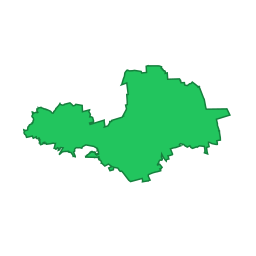 Salvatierra, Guanajuato, Mexico, rotated 76°
{"feature_id": "50627088B1811794709205", "entity_name": "Salvatierra", "entity_type": "district", "adm_level": 2, "iso_a3": "MEX", "parent_name": "Mexico", "parent_adm1": "Guanajuato", "projection": "equal_earth", "projection_center": [-100.915, 20.193], "detail": "fine", "context": "isolated", "style": "filled", "palette": "green", "viewbox_px": 256, "rotation_deg": 76, "n_neighbors": 0, "source": "geoboundaries", "source_scale": "gbopen_adm2", "svg_char_len": 5768}
<svg xmlns="http://www.w3.org/2000/svg" viewBox="0 0 256 256"><g transform="rotate(76 128 128)"><path d="M162.1,41.3L159.8,40.8L155.1,40.4L152.9,40.0L152.8,40.6L152.4,40.6L151.5,40.2L146.9,40.6L145.6,40.2L140.9,40.1L140.1,26.0L133.4,27.4L128.7,47.5L127.0,47.6L118.4,47.1L117.7,47.4L107.3,48.7L105.7,49.0L105.5,49.5L105.2,48.8L104.8,49.0L105.0,49.9L102.1,52.0L99.0,54.5L100.1,56.1L100.0,57.4L101.2,60.3L100.0,62.6L97.6,62.3L96.9,65.5L96.5,65.4L96.0,65.6L94.7,65.5L94.6,66.0L93.6,65.8L92.8,66.2L90.3,77.7L84.0,76.6L83.9,78.0L84.0,78.4L84.0,78.7L82.6,78.2L81.6,78.4L81.4,78.6L81.2,79.5L79.6,80.0L79.6,80.5L78.7,80.5L77.9,81.0L77.8,81.3L77.4,81.1L76.9,80.6L76.7,80.6L75.3,82.8L74.6,85.3L72.6,93.5L72.4,93.5L72.5,95.4L78.6,96.6L77.9,101.4L76.3,101.6L73.7,107.7L73.5,109.9L72.9,113.0L72.2,113.7L72.0,114.8L71.7,114.8L71.7,115.1L73.0,116.9L73.8,117.7L77.0,119.0L79.2,120.6L83.9,123.3L84.5,123.9L84.0,118.3L95.5,119.7L95.2,121.1L102.4,122.4L102.6,122.4L103.3,122.7L105.1,123.0L105.2,124.8L109.0,124.8L110.0,125.5L115.1,130.1L115.3,129.8L115.4,130.3L116.1,131.0L116.7,142.0L117.6,142.3L117.3,144.1L118.1,144.4L118.4,144.3L121.1,147.0L121.3,150.7L120.3,150.0L115.6,149.5L114.6,149.2L115.4,163.9L113.9,164.1L113.8,160.0L112.6,159.7L109.3,159.8L108.6,160.5L108.1,161.4L107.9,162.4L105.6,161.2L102.7,162.0L102.3,162.0L101.9,161.7L101.6,161.1L101.1,160.9L101.2,168.2L95.0,167.0L92.4,172.9L93.1,173.8L93.3,175.2L93.2,176.0L91.6,176.8L89.6,178.2L89.6,184.0L90.1,184.6L90.0,186.0L89.2,187.3L88.7,187.9L87.8,188.1L88.9,189.2L90.2,190.8L90.3,191.2L90.7,191.7L91.1,192.0L91.4,192.9L91.8,193.4L92.3,193.5L93.9,195.4L93.9,195.8L94.2,196.1L94.6,196.2L95.5,197.1L95.5,197.3L95.0,198.1L93.2,199.0L92.5,199.7L90.8,201.9L90.5,202.3L90.5,202.9L90.3,203.0L90.0,203.0L89.3,204.1L89.3,204.8L88.8,205.1L87.6,206.8L87.3,207.5L86.9,207.5L86.9,209.4L87.1,210.3L86.8,210.4L87.6,210.8L87.5,211.8L89.2,212.2L91.1,211.7L91.2,212.2L91.0,212.8L90.5,213.3L90.8,215.8L89.9,216.2L89.4,216.8L89.3,217.0L90.5,217.1L91.4,216.9L92.0,217.3L92.8,218.1L93.5,218.4L94.2,218.2L95.2,217.5L97.2,217.6L98.0,218.1L98.2,218.5L99.4,218.8L99.7,219.6L99.9,219.4L100.3,219.6L100.5,219.8L100.4,220.1L100.7,220.6L100.7,221.4L101.0,221.8L101.0,222.5L101.4,223.2L102.5,224.0L102.6,224.6L103.6,225.2L105.5,225.8L105.6,226.1L105.7,226.9L105.4,228.5L104.6,229.5L105.5,229.6L106.3,229.2L106.6,229.6L107.3,230.0L108.3,230.0L109.1,229.7L110.1,228.9L112.5,228.7L112.6,226.8L112.7,222.8L115.0,222.4L114.4,219.2L115.8,219.4L116.0,219.2L116.3,218.8L116.5,218.1L116.1,216.9L116.2,216.7L116.5,216.6L116.6,216.9L116.8,216.9L117.3,216.7L117.6,216.9L117.6,217.2L118.2,217.4L118.7,217.2L118.7,216.7L119.0,217.0L119.9,217.1L120.4,217.0L120.3,216.8L120.5,216.8L120.8,216.9L121.1,217.6L121.7,217.0L122.0,216.9L122.1,217.1L122.4,217.1L123.1,216.8L122.9,214.7L122.6,214.2L122.1,214.1L122.2,213.6L122.6,213.6L122.7,212.6L121.7,213.1L121.7,212.2L123.0,212.3L123.1,211.1L124.0,211.1L124.5,207.0L124.6,204.5L124.8,203.7L125.2,203.2L125.5,202.6L125.5,202.2L129.6,204.5L129.6,204.2L129.8,204.0L130.2,203.9L130.4,203.5L131.0,203.3L131.2,203.0L130.1,201.2L130.9,200.4L132.8,201.1L132.6,199.9L132.5,199.5L131.5,198.8L130.8,198.6L130.6,198.1L131.5,195.8L136.7,200.9L137.0,200.7L135.4,197.7L135.3,197.2L135.4,195.3L136.3,191.2L136.5,191.1L137.0,191.4L137.9,189.6L137.9,189.4L138.5,188.9L139.4,188.8L139.9,188.4L140.6,188.1L142.3,188.1L142.3,187.7L142.6,187.0L143.2,186.2L142.8,186.0L140.0,186.4L138.1,186.6L137.6,185.4L136.5,185.1L136.0,185.1L135.3,184.6L134.7,183.3L134.6,182.7L135.1,181.4L135.4,179.6L136.4,177.7L136.0,177.5L135.1,176.6L134.2,173.0L137.4,166.0L137.6,165.6L138.8,164.4L140.3,162.7L141.2,162.6L141.1,163.1L141.8,163.0L142.6,163.4L142.5,162.6L144.0,162.5L146.0,162.8L145.9,163.2L145.6,163.3L145.5,163.9L145.8,163.9L145.9,164.2L146.4,164.6L146.5,164.4L146.6,164.9L146.4,164.9L145.7,165.8L145.4,165.7L145.2,165.5L144.5,165.6L144.5,165.9L143.5,165.7L143.2,166.1L143.0,166.8L143.3,167.1L143.1,167.6L142.3,168.1L142.6,168.8L142.0,169.1L142.0,169.3L142.3,170.2L142.5,170.1L142.6,170.7L142.8,170.7L142.9,171.0L142.9,171.3L142.5,171.5L143.4,171.3L143.6,172.2L144.0,172.9L144.2,173.7L144.5,174.5L144.7,174.4L145.3,174.8L145.7,175.8L145.5,176.0L146.0,176.1L148.3,167.8L148.7,167.4L148.5,167.0L149.3,164.4L148.8,163.7L148.9,163.3L149.0,163.3L149.1,163.8L149.4,164.2L150.7,163.8L150.5,163.6L151.0,163.7L151.3,163.3L151.7,163.8L152.4,163.0L153.6,162.1L153.9,162.0L155.1,162.1L155.6,162.5L156.0,161.8L159.3,159.7L158.3,155.7L161.6,152.9L161.8,155.2L162.1,156.4L165.1,155.8L165.0,152.3L162.6,151.4L163.0,150.7L164.3,147.8L164.7,147.4L166.8,146.8L168.2,146.0L168.3,144.6L170.2,143.6L178.8,139.9L180.6,138.5L180.4,126.5L182.4,126.5L183.7,127.0L184.0,123.0L184.3,121.0L184.0,120.8L183.9,119.2L179.7,120.0L178.3,119.6L178.1,119.2L177.5,115.0L177.4,112.0L177.5,110.0L177.4,106.6L176.6,106.4L176.7,106.5L175.4,107.0L175.1,105.3L174.7,105.1L174.6,104.6L174.4,104.4L170.9,106.0L171.0,108.3L170.7,108.3L170.5,108.1L169.5,107.3L169.4,106.7L168.7,106.4L168.1,106.3L166.8,104.6L166.8,104.4L167.3,103.6L167.2,102.6L166.2,102.1L165.8,102.2L165.3,102.6L163.9,102.5L161.5,101.6L164.7,100.9L168.4,99.5L169.3,98.9L169.0,98.8L168.1,98.8L167.9,95.8L164.7,96.0L164.8,94.2L164.6,91.5L163.9,91.3L163.9,91.1L158.5,91.9L158.3,88.7L158.5,86.4L158.0,81.3L157.9,81.5L156.6,82.1L155.8,81.0L156.6,79.6L157.0,79.3L157.0,78.8L157.2,78.7L157.4,78.3L157.5,77.9L159.5,76.7L159.6,76.2L160.4,75.4L160.9,75.2L160.2,72.3L162.1,71.7L162.3,71.2L163.3,70.6L163.3,68.9L163.2,68.8L162.9,66.2L163.4,65.6L162.6,63.1L164.3,58.4L168.2,58.7L168.6,58.9L170.0,59.2L170.3,59.9L170.2,60.4L172.4,57.0L170.0,57.0L165.9,56.5L165.7,53.8L162.8,53.7L161.3,53.3L162.0,51.9L163.1,50.8L163.6,50.0L165.3,46.4L165.5,45.3L164.4,45.0L161.9,44.9L161.9,43.0L162.1,41.3Z" fill="#22c55e" stroke="#15803d" stroke-width="1.5"/></g></svg>